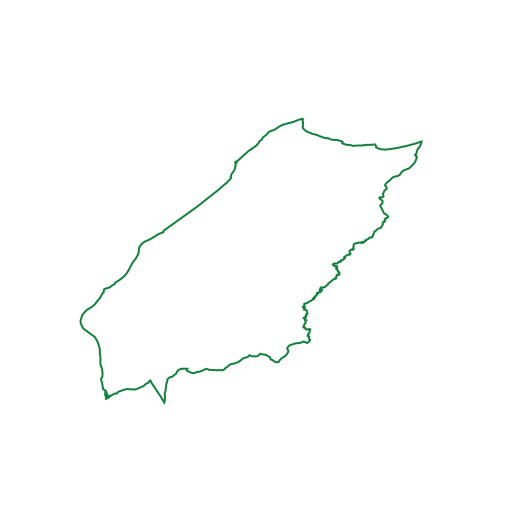 outline of San Vicente, Manabi, Ecuador, rotated 63°
{"feature_id": "8360857B32619791172197", "entity_name": "San Vicente", "entity_type": "district", "adm_level": 2, "iso_a3": "ECU", "parent_name": "Ecuador", "parent_adm1": "Manabi", "projection": "equal_earth", "projection_center": [-80.343, -0.465], "detail": "fine", "context": "isolated", "style": "outline", "palette": "green", "viewbox_px": 512, "rotation_deg": 63, "n_neighbors": 0, "source": "geoboundaries", "source_scale": "gbopen_adm2", "svg_char_len": 6132}
<svg xmlns="http://www.w3.org/2000/svg" viewBox="0 0 512 512"><g transform="rotate(63 256 256)"><path d="M360.8,284.1L360.2,283.5L359.1,280.8L358.6,278.6L358.7,277.5L358.4,275.6L357.7,273.5L356.2,270.9L355.4,270.2L352.8,270.2L352.3,270.0L351.5,268.8L351.3,267.8L350.9,267.2L351.2,263.7L352.0,259.7L353.4,256.6L353.7,252.8L354.5,251.7L355.7,251.0L356.7,249.8L356.5,248.3L355.6,246.2L355.0,245.9L354.6,246.3L354.1,246.1L353.5,246.3L352.9,245.8L352.4,245.8L351.8,245.1L350.5,246.3L349.5,245.4L349.5,244.5L348.8,244.1L347.9,242.5L346.7,242.0L345.9,241.0L345.3,241.4L345.4,242.7L344.7,243.3L344.0,244.9L342.5,244.8L342.2,245.6L341.5,245.6L340.6,246.0L340.3,244.8L339.5,244.7L338.7,243.7L338.1,242.1L335.9,241.5L335.9,240.4L334.8,241.1L334.4,240.6L333.8,240.8L333.2,241.8L332.9,241.8L332.6,240.4L333.0,238.9L332.3,238.4L331.4,238.5L331.3,237.7L330.8,237.7L330.5,236.2L329.7,236.2L328.7,235.6L327.3,235.6L326.6,236.0L325.8,237.3L325.4,236.7L324.6,237.0L324.6,236.4L324.1,235.9L323.9,237.0L322.7,237.4L322.5,237.2L322.7,236.2L321.3,235.0L320.6,234.8L320.5,234.4L320.9,233.6L320.8,232.8L321.2,231.6L320.7,229.7L320.9,227.3L320.6,225.8L320.1,225.0L320.8,224.3L320.8,224.0L319.8,224.0L319.3,223.5L319.3,223.1L319.8,222.4L319.7,222.1L319.0,222.1L318.6,221.5L318.7,220.5L318.0,219.5L318.1,218.5L317.7,218.2L316.9,218.7L316.7,218.3L317.3,217.2L316.7,216.3L317.3,215.4L316.5,215.0L317.1,213.9L316.8,213.6L316.5,213.8L316.4,212.6L315.5,212.5L314.8,212.8L314.5,213.9L313.9,213.0L313.4,212.6L313.5,212.2L314.3,211.8L314.3,210.6L314.5,209.7L315.0,209.2L315.0,208.5L314.4,207.0L314.1,205.0L313.1,203.9L313.2,202.7L312.7,201.6L312.9,200.6L312.2,198.9L312.1,196.9L311.7,196.2L311.8,195.8L312.4,195.4L312.4,195.0L311.9,194.4L310.9,194.0L310.2,193.2L310.2,192.1L309.9,192.4L309.5,192.4L309.7,191.4L310.3,190.7L310.0,189.8L309.4,189.3L308.8,189.6L307.7,189.4L307.1,190.2L306.1,189.6L303.6,190.4L303.3,190.2L303.6,189.3L303.4,188.9L302.0,188.5L301.5,188.9L301.1,190.2L300.4,190.3L300.1,191.1L299.4,191.0L298.5,191.5L298.3,191.2L298.2,189.4L299.0,188.3L299.6,186.8L298.8,185.3L298.8,184.8L299.6,183.7L299.5,183.2L298.8,182.8L299.0,181.9L298.4,181.6L298.9,180.2L298.4,177.9L297.9,177.6L297.3,178.2L297.0,177.8L296.5,174.2L297.4,171.6L296.7,170.7L296.0,171.2L293.8,170.2L293.6,169.7L293.7,169.2L293.6,167.2L294.5,166.9L294.5,166.4L294.0,166.2L293.6,165.4L292.1,165.2L290.8,164.2L289.9,163.1L289.9,161.0L290.7,159.6L290.8,157.8L292.0,156.4L291.5,155.0L292.0,154.6L292.9,154.6L292.4,152.1L291.7,151.8L292.0,150.6L291.5,149.0L291.8,147.8L291.1,146.6L291.3,145.7L292.0,145.0L291.7,143.0L290.3,142.2L289.3,140.5L288.0,139.5L288.1,138.7L287.1,134.9L287.4,133.6L287.4,131.3L286.7,130.7L285.6,128.7L284.2,128.2L283.8,127.8L283.4,126.8L283.8,126.5L284.0,126.0L283.0,125.1L282.7,124.4L281.6,124.5L281.3,122.5L281.5,122.2L281.5,121.4L281.3,120.4L279.8,120.5L277.6,121.5L276.1,122.5L267.5,122.5L266.3,119.3L264.3,118.2L260.9,119.8L260.4,119.8L260.1,119.5L260.0,118.6L260.9,117.1L261.1,116.5L260.9,115.6L260.4,115.2L258.4,114.8L256.1,111.8L255.5,109.4L254.9,108.7L254.1,108.5L251.7,109.0L250.9,108.1L249.9,106.1L249.3,102.4L248.2,99.1L248.0,97.7L249.1,92.9L249.0,91.2L247.6,88.6L246.9,86.7L246.9,84.4L247.4,79.6L245.3,73.1L243.8,70.7L241.0,67.7L239.6,68.2L238.7,67.7L238.1,68.2L237.4,66.4L235.3,64.9L234.6,63.7L233.9,63.0L233.8,62.2L232.4,59.8L230.6,57.7L229.1,56.6L228.2,62.9L225.9,73.6L225.0,76.5L223.9,81.2L220.1,92.2L217.6,96.3L214.6,99.2L213.7,99.7L212.6,99.0L211.6,99.4L210.8,99.2L210.4,99.7L208.9,103.7L207.2,106.9L205.3,112.2L203.9,114.8L202.0,119.5L199.4,122.1L199.0,123.4L197.5,125.4L195.0,127.8L194.6,128.0L193.7,127.0L191.6,128.5L190.6,130.1L189.3,130.9L188.8,132.5L186.6,135.8L185.3,137.2L184.1,137.8L182.9,140.0L180.7,142.6L179.7,143.2L178.4,144.7L176.0,146.5L172.3,150.8L171.2,151.5L168.3,154.2L164.4,156.0L162.8,156.1L162.4,156.0L160.8,154.5L159.6,154.2L158.1,153.3L156.1,153.0L155.2,152.0L154.8,152.2L154.0,156.4L153.5,161.9L151.3,171.9L151.2,176.4L151.9,182.5L151.2,187.9L152.8,192.0L153.5,196.2L154.7,197.8L155.4,201.1L156.6,202.5L157.8,205.8L158.7,211.3L158.9,214.4L163.0,229.7L162.7,231.6L163.0,231.9L164.2,231.2L165.0,232.9L166.5,233.2L167.6,234.6L168.7,235.2L169.7,236.2L172.0,240.7L174.0,242.7L174.7,242.5L175.4,243.1L177.6,249.2L177.8,250.7L180.3,260.9L185.3,286.0L191.5,326.4L191.9,327.3L192.7,327.7L192.2,332.8L193.0,342.0L192.7,348.7L193.2,352.1L194.1,354.1L195.9,356.7L199.5,358.9L201.5,361.0L203.7,364.3L204.9,367.0L206.7,370.3L209.3,373.6L212.8,379.2L213.6,381.1L214.8,384.9L215.6,389.9L215.7,393.2L216.4,394.0L216.9,395.2L216.9,397.8L217.6,400.4L216.7,405.2L216.7,406.5L218.2,407.7L219.1,408.0L219.4,409.4L222.6,414.2L224.9,419.7L225.7,420.8L226.8,425.1L227.1,429.8L227.7,432.7L229.6,437.4L233.9,441.7L236.7,442.8L241.6,442.9L243.1,442.4L255.0,436.4L259.2,436.1L263.2,436.4L268.3,437.5L271.0,439.0L276.6,441.0L280.8,443.4L283.7,444.2L285.9,444.3L290.6,445.8L293.8,447.7L295.0,449.7L295.7,450.1L299.4,450.8L305.2,452.7L307.5,451.3L308.7,450.9L311.4,451.6L312.6,451.4L314.1,450.6L314.6,450.6L315.2,451.3L314.5,448.2L314.4,444.3L315.4,442.5L314.8,441.4L314.5,440.0L315.6,432.4L316.8,429.9L318.7,427.0L319.5,425.0L320.1,424.4L320.3,423.4L320.8,415.1L319.9,411.8L320.1,409.6L319.1,407.9L319.0,406.6L321.4,406.7L339.0,404.6L344.9,404.3L343.7,403.1L341.1,401.5L337.2,399.8L334.8,397.7L328.5,393.4L328.3,392.8L327.7,392.2L325.7,391.0L324.9,388.2L325.6,385.3L325.0,383.6L324.6,380.6L323.3,379.1L322.7,377.8L322.4,375.7L322.5,374.3L322.9,373.0L325.3,368.4L325.7,369.2L326.2,369.6L327.1,369.5L330.6,366.7L332.2,364.6L332.6,361.3L333.3,359.6L333.7,357.4L333.9,351.5L336.3,349.2L339.4,343.7L340.2,342.8L340.7,341.0L342.7,337.5L342.8,336.4L342.0,334.3L341.7,331.5L340.9,328.6L341.0,327.3L341.9,324.2L342.5,319.5L341.4,313.8L342.2,308.7L341.4,307.0L342.0,306.2L343.1,305.5L343.8,304.7L345.7,301.0L345.8,298.7L345.1,297.2L345.2,296.4L346.7,294.8L348.0,292.6L350.8,290.6L352.7,289.5L354.8,289.9L356.1,288.6L358.8,287.3L359.9,286.2L360.8,284.1ZM315.3,455.4L315.2,452.3L315.1,451.7L314.6,451.1L313.9,451.0L311.4,452.1L309.1,451.6L308.4,451.8L311.5,453.6L313.0,453.6L313.6,453.0L314.5,453.4L315.3,455.4Z" fill="none" stroke="#15803d" stroke-width="2"/></g></svg>